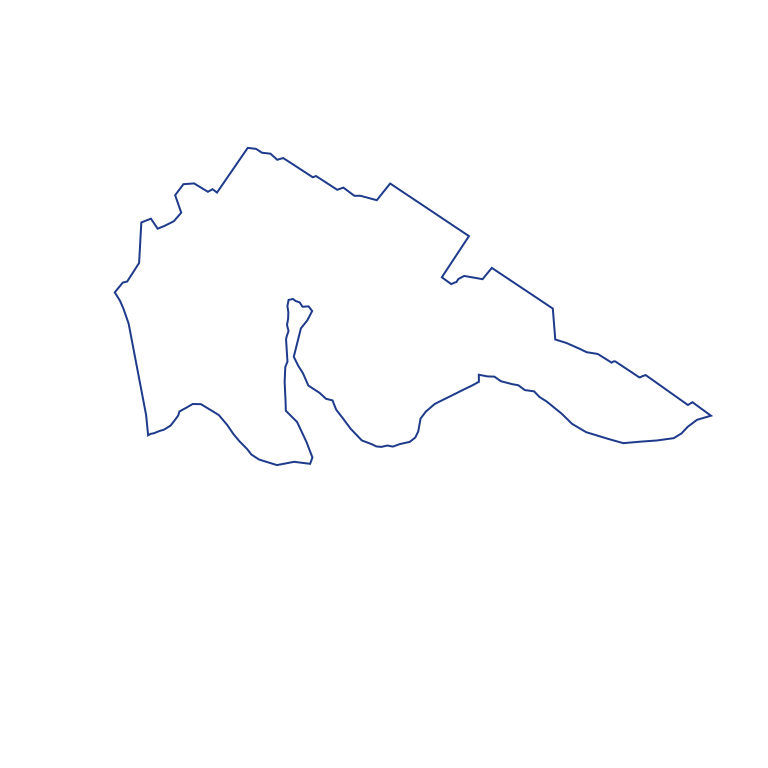 outline of Saparmyrat Turkmenbasy, Tashauz, Turkmenistan, rotated 213°
{"feature_id": "10190150B43921321162948", "entity_name": "Saparmyrat Turkmenbasy", "entity_type": "district", "adm_level": 2, "iso_a3": "TKM", "parent_name": "Turkmenistan", "parent_adm1": "Tashauz", "projection": "natural_earth1", "projection_center": [58.279, 42.355], "detail": "fine", "context": "isolated", "style": "outline", "palette": "blue", "viewbox_px": 768, "rotation_deg": 213, "n_neighbors": 0, "source": "geoboundaries", "source_scale": "gbopen_adm2", "svg_char_len": 2517}
<svg xmlns="http://www.w3.org/2000/svg" viewBox="0 0 768 768"><g transform="rotate(213 384 384)"><path d="M357.9,530.6L358.4,525.6L366.5,522.2L375.6,518.3L376.8,516.2L378.8,512.6L378.8,512.3L378.8,508.9L379.7,507.9L380.1,507.4L382.0,504.4L393.6,505.0L393.6,511.7L393.3,554.3L488.0,555.5L488.1,554.9L489.1,545.1L490.1,534.5L490.2,534.2L506.3,529.0L510.1,526.5L511.2,525.8L511.4,525.7L513.3,525.8L525.0,526.6L526.8,524.3L529.0,521.4L553.7,521.4L554.3,521.4L555.9,519.1L556.3,518.6L590.3,518.6L591.6,518.6L595.0,514.7L595.6,513.9L603.2,515.1L604.7,515.3L611.9,511.7L612.3,511.5L613.9,511.5L619.4,511.5L626.9,507.8L628.3,454.1L628.3,453.6L631.0,453.8L633.9,454.0L634.9,452.0L636.4,449.3L652.5,448.8L655.4,446.6L661.1,442.3L661.1,441.5L662.0,428.6L647.4,417.3L647.7,414.7L648.9,406.1L651.1,402.3L654.4,396.7L655.7,394.9L658.4,391.0L669.5,395.7L671.7,392.7L675.5,387.3L666.9,372.3L662.4,364.5L655.3,352.1L655.3,348.3L655.2,330.1L657.1,328.1L658.3,326.8L659.5,316.1L659.6,315.6L659.7,314.2L650.7,310.0L643.6,305.3L631.0,295.5L566.5,228.3L553.9,212.5L552.4,215.3L550.1,217.4L548.6,219.6L546.4,222.7L543.8,225.6L540.4,232.7L539.9,237.9L539.4,245.4L540.6,249.6L536.9,256.4L533.6,263.0L526.5,267.4L505.6,268.0L493.0,264.2L483.0,260.0L473.9,257.2L463.3,254.9L456.8,252.6L447.7,252.6L441.2,254.4L429.6,257.7L417.0,269.8L402.5,276.8L404.0,283.4L417.5,293.2L436.2,304.8L451.8,308.1L456.3,314.7L468.5,331.7L476.0,344.4L477.2,350.3L483.2,358.3L486.5,362.8L490.4,368.0L491.5,370.7L492.9,376.4L497.5,380.7L500.0,386.6L503.4,392.2L507.5,396.8L509.8,402.6L506.7,405.7L503.2,405.5L499.2,406.5L494.4,404.4L489.6,408.0L484.0,406.1L483.0,395.7L484.0,385.4L479.5,372.3L474.5,357.7L465.9,352.6L457.7,348.8L446.6,341.5L433.3,341.5L424.6,340.0L418.3,342.2L410.1,336.4L399.7,332.8L388.0,328.4L381.3,326.8L371.9,324.6L361.7,326.8L356.4,327.5L352.0,329.8L347.7,334.2L342.5,336.3L338.0,342.2L330.9,349.5L328.6,356.1L329.4,362.7L334.5,374.9L333.9,383.5L330.6,394.9L311.9,426.5L309.6,430.2L305.6,437.5L309.5,443.4L301.4,446.7L295.4,450.3L287.5,450.0L276.4,453.7L270.7,456.1L262.6,455.6L254.1,459.6L246.6,457.8L238.0,457.9L218.9,455.9L204.7,453.0L188.2,453.7L165.3,460.3L151.1,464.7L136.9,475.8L124.2,485.4L111.5,496.4L107.6,504.5L106.0,513.4L102.0,524.4L92.5,535.5L115.4,536.7L117.7,531.9L169.4,534.0L171.6,531.2L172.8,529.2L173.1,529.2L173.6,528.6L202.4,528.9L203.8,528.0L204.7,525.9L210.2,525.8L221.1,525.6L231.5,521.0L238.9,520.1L253.6,517.7L264.6,514.6L283.5,539.2L356.8,540.1L357.9,530.6Z" fill="none" stroke="#1e3a8a" stroke-width="2"/></g></svg>